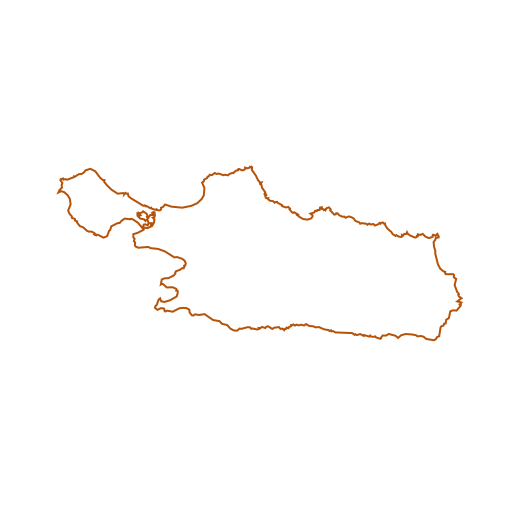 Kangaroo Island, South Australia, Australia (Albers equal-area conic projection), rotated 199°
{"feature_id": "25037944B21501160534360", "entity_name": "Kangaroo Island", "entity_type": "district", "adm_level": 2, "iso_a3": "AUS", "parent_name": "Australia", "parent_adm1": "South Australia", "projection": "albers", "projection_center": [137.321, -35.824], "detail": "fine", "context": "isolated", "style": "outline", "palette": "amber", "viewbox_px": 512, "rotation_deg": 199, "n_neighbors": 0, "source": "geoboundaries", "source_scale": "gbopen_adm2", "svg_char_len": 6107}
<svg xmlns="http://www.w3.org/2000/svg" viewBox="0 0 512 512"><g transform="rotate(199 256 256)"><path d="M412.2,224.6L406.1,223.7L403.2,226.3L403.1,232.0L402.3,233.1L402.5,236.9L397.7,241.9L395.6,242.9L394.8,245.2L392.3,248.6L386.9,249.8L386.3,250.5L384.1,250.5L378.4,249.0L372.2,245.3L372.4,249.1L371.1,249.9L368.4,249.7L368.3,251.4L367.2,252.3L368.4,252.4L370.5,254.9L371.5,254.4L372.0,253.1L373.6,254.2L377.7,253.7L380.9,255.3L382.0,257.5L381.5,257.6L381.4,258.6L379.4,257.8L379.8,258.8L377.6,260.3L377.2,261.5L373.1,260.3L370.9,257.7L369.9,258.4L369.3,260.3L366.1,261.3L366.4,262.3L368.2,262.9L367.1,264.3L366.2,264.3L364.8,261.4L364.7,259.7L366.0,258.6L363.9,257.6L363.4,254.0L364.0,250.6L367.7,247.0L371.0,246.5L370.8,244.2L375.6,239.2L379.1,236.7L378.1,233.8L376.4,232.7L376.3,230.3L374.6,229.4L374.1,226.9L373.1,225.8L370.0,225.5L360.7,229.5L358.3,229.1L351.0,230.8L343.6,230.7L332.8,228.1L330.2,229.3L324.8,229.3L322.1,228.4L320.0,226.2L319.8,224.6L321.4,222.8L320.1,223.4L320.4,220.8L321.6,220.7L323.4,218.2L326.7,215.5L327.0,214.1L326.5,213.4L327.3,211.0L331.5,206.6L335.2,205.1L337.5,203.1L336.7,198.2L336.1,199.1L334.4,199.1L330.2,197.2L324.6,199.3L320.8,199.0L320.0,198.2L320.1,197.3L318.8,197.5L318.0,196.1L317.8,191.9L322.9,186.1L327.7,182.7L330.9,182.3L332.9,184.7L333.9,182.7L333.9,177.6L334.8,175.8L334.7,174.1L331.6,173.0L329.2,175.5L326.5,176.4L325.5,176.1L324.7,174.4L323.7,174.0L322.2,175.4L316.6,176.2L311.7,181.4L308.5,183.1L304.6,184.1L301.5,183.5L300.4,181.0L297.3,179.0L295.7,179.4L294.7,181.0L290.6,181.7L285.7,184.3L275.8,181.5L269.3,182.5L266.1,180.8L260.7,181.3L256.6,179.0L252.7,178.4L249.6,179.2L247.8,182.1L246.2,182.3L240.7,186.0L238.6,186.6L236.8,185.6L236.0,186.3L230.9,186.9L229.2,188.2L229.9,188.9L228.2,189.4L227.3,190.9L223.8,190.9L223.3,192.3L221.7,193.5L216.9,192.3L215.5,194.1L211.2,196.2L209.1,195.0L207.6,195.9L205.4,195.1L205.5,196.0L204.3,196.4L204.5,197.0L203.5,197.6L203.6,198.2L201.8,198.3L202.0,199.2L200.0,201.1L200.3,202.2L199.3,202.3L198.3,203.5L196.5,202.9L195.4,204.3L192.9,204.3L191.1,205.7L187.8,206.0L186.6,207.9L182.8,207.2L178.9,208.2L176.6,207.9L173.3,209.3L168.0,208.8L163.1,209.6L162.2,209.0L160.9,210.1L160.3,209.3L158.5,210.1L156.0,209.6L140.0,214.4L137.1,213.6L136.8,214.3L134.8,214.1L132.1,216.1L128.2,215.5L128.3,216.4L122.6,216.7L122.2,217.9L121.3,217.3L118.8,217.7L117.1,218.8L116.1,218.1L111.6,218.2L111.0,218.8L111.3,219.4L110.3,222.1L107.1,223.1L105.1,225.5L98.2,226.0L95.0,224.8L92.9,228.4L89.0,231.0L82.4,232.7L78.8,233.2L77.2,232.6L73.9,234.1L71.2,234.2L67.9,233.0L60.3,234.3L58.9,235.9L58.5,238.1L56.7,239.8L58.2,248.4L57.8,250.0L56.1,251.2L56.1,253.3L54.7,253.9L55.4,257.7L53.4,260.0L54.3,266.9L52.0,268.8L48.6,269.7L46.3,275.7L47.7,276.5L46.7,277.4L47.1,278.0L46.7,278.9L50.9,278.6L47.9,283.0L51.0,283.8L52.1,285.0L51.7,285.8L52.4,286.7L54.0,287.4L58.7,293.1L59.3,299.6L62.0,300.2L62.6,302.5L63.6,303.0L70.6,300.6L71.6,301.2L71.9,302.6L74.2,302.6L77.8,304.1L81.3,307.4L87.4,316.8L88.1,319.2L90.8,322.9L92.6,327.1L91.7,329.8L91.9,331.8L89.4,332.9L89.6,334.0L91.8,335.9L92.8,333.6L95.3,333.9L95.7,333.1L95.2,331.8L97.5,329.7L99.2,329.2L102.5,329.6L105.5,331.2L107.7,329.3L110.0,329.2L109.5,327.5L110.4,327.3L110.3,326.1L111.7,325.2L116.6,325.5L119.7,326.4L120.9,327.6L121.0,325.8L123.0,325.2L123.6,323.2L124.8,323.4L124.2,322.2L124.7,321.4L127.2,320.8L130.1,321.4L130.6,320.4L134.0,321.2L135.7,322.7L140.5,324.6L143.7,327.1L144.7,328.7L145.3,328.2L146.7,329.0L148.4,328.2L148.7,327.1L150.0,327.5L150.5,326.0L153.6,323.5L155.4,324.5L157.7,323.1L159.6,323.5L160.9,321.8L162.0,322.4L166.4,321.6L168.0,320.4L169.2,321.4L173.4,321.5L176.1,323.4L178.2,323.7L181.0,323.7L183.8,321.3L185.2,322.0L187.0,321.3L190.4,321.6L192.9,322.9L194.1,322.5L194.2,321.3L195.5,320.6L200.8,323.4L200.6,324.5L203.0,325.7L204.7,324.3L205.2,322.1L205.8,322.7L206.8,321.4L208.1,322.2L209.3,321.9L209.6,323.5L211.2,322.7L210.9,320.1L212.9,319.5L213.1,318.2L214.8,318.0L215.1,316.1L218.3,313.8L215.7,312.8L215.4,311.6L216.0,309.6L219.0,307.2L223.5,306.3L228.6,307.3L229.2,308.5L230.3,308.1L230.6,309.0L231.2,308.6L231.8,309.3L234.1,309.8L234.9,308.8L236.1,309.0L239.5,311.0L239.3,311.9L241.5,312.9L243.3,311.7L246.1,311.6L247.8,311.8L247.9,312.6L253.2,313.4L253.6,314.0L255.4,313.2L255.7,312.5L257.8,313.4L260.9,312.8L262.8,313.5L263.2,314.8L264.2,314.1L265.7,314.2L266.7,315.7L266.0,316.9L266.6,317.4L267.3,316.6L268.2,317.4L267.9,319.2L272.4,322.4L274.1,325.1L275.0,325.2L274.7,327.3L276.1,326.3L277.1,327.6L278.5,328.1L282.1,331.8L288.0,336.1L288.5,338.4L289.2,339.0L289.8,338.2L290.8,338.3L290.9,337.4L292.7,336.1L294.9,336.0L294.3,335.2L295.6,333.2L297.4,332.4L300.4,332.8L301.2,332.0L300.9,331.2L302.9,330.0L304.5,326.9L305.3,327.0L307.8,324.9L308.8,323.1L311.7,322.8L313.0,321.8L318.1,321.8L320.0,320.7L322.0,321.1L324.0,318.1L326.2,317.8L326.6,315.9L327.6,315.3L327.6,313.8L329.9,311.4L329.7,309.3L330.9,307.9L326.9,303.5L325.1,296.3L325.9,292.2L328.8,286.7L333.6,282.3L341.4,277.7L352.2,275.1L358.7,275.1L359.9,272.1L361.5,270.7L361.0,269.6L361.3,268.2L362.6,267.5L364.8,267.2L365.3,267.8L366.3,266.9L370.7,266.9L370.9,267.4L371.6,266.8L375.7,267.6L376.6,267.0L377.7,267.7L378.9,266.8L392.7,269.8L395.9,270.9L397.5,273.3L398.7,272.8L399.9,273.2L400.6,271.5L400.7,272.3L401.9,272.3L407.1,269.9L414.1,271.6L419.3,274.0L423.6,276.6L424.0,278.4L425.3,277.9L428.8,279.2L435.6,283.8L441.0,284.5L445.1,281.5L445.8,279.1L447.5,276.9L450.1,275.7L453.1,272.0L454.1,272.0L454.0,271.1L459.5,266.6L461.2,266.7L462.9,265.5L463.6,266.5L465.6,265.1L465.7,264.1L462.8,262.0L462.9,259.8L461.7,257.4L463.2,254.6L463.5,251.7L461.3,253.8L458.4,254.0L454.1,252.3L450.7,249.5L448.1,244.5L448.4,237.8L446.1,235.2L443.0,233.5L442.5,232.1L439.4,232.1L438.6,230.5L436.4,230.5L436.0,229.3L432.2,226.9L429.0,226.9L423.7,224.7L421.6,224.7L419.9,225.5L416.6,225.2L415.7,224.8L415.3,224.2L415.8,223.7L415.2,223.5L413.8,223.5L413.7,224.3L412.2,224.6ZM370.2,256.9L371.5,258.0L371.9,257.6L370.5,256.2L370.2,256.9ZM378.4,256.9L379.2,257.3L380.1,256.2L379.1,256.3L378.4,256.9ZM365.7,253.0L365.4,251.5L364.2,253.2L365.7,253.0Z" fill="none" stroke="#b45309" stroke-width="2"/></g></svg>